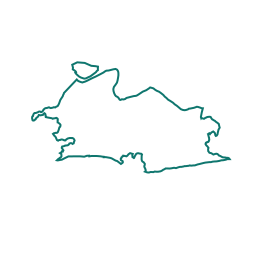 outline of Manfalut, Asyut, Egypt, rotated 325°
{"feature_id": "37247803B38708414170128", "entity_name": "Manfalut", "entity_type": "district", "adm_level": 2, "iso_a3": "EGY", "parent_name": "Egypt", "parent_adm1": "Asyut", "projection": "albers", "projection_center": [30.935, 27.303], "detail": "fine", "context": "isolated", "style": "outline", "palette": "teal", "viewbox_px": 256, "rotation_deg": 325, "n_neighbors": 0, "source": "geoboundaries", "source_scale": "gbopen_adm2", "svg_char_len": 5802}
<svg xmlns="http://www.w3.org/2000/svg" viewBox="0 0 256 256"><g transform="rotate(325 128 128)"><path d="M51.3,113.7L51.9,114.3L53.8,115.1L55.6,116.0L57.9,116.3L59.9,116.6L62.9,117.1L64.3,118.1L66.7,119.7L72.6,123.8L75.7,126.4L78.4,127.2L80.3,128.4L80.0,129.0L81.7,129.8L83.1,130.7L85.9,132.7L87.3,133.8L89.3,135.5L90.7,136.9L91.5,137.5L91.8,137.8L91.5,138.1L93.2,139.2L96.3,142.3L97.2,143.5L99.1,147.5L100.2,148.9L101.6,153.4L103.5,153.4L104.1,152.9L104.3,152.9L104.6,152.0L103.8,150.3L104.1,149.5L104.6,148.9L105.2,148.9L105.8,148.3L106.0,148.3L106.9,148.3L107.4,148.0L108.0,148.3L108.3,148.0L108.6,148.3L110.5,150.3L111.7,150.3L113.3,149.8L115.3,149.8L117.0,152.0L116.4,152.3L115.6,153.2L115.3,154.0L115.0,154.3L115.6,156.0L115.9,156.0L116.4,155.7L117.3,154.9L117.8,154.9L119.5,154.0L120.9,154.0L121.5,154.3L122.0,154.6L123.2,156.0L124.0,156.6L124.3,157.7L124.0,158.0L123.2,158.6L122.9,159.1L121.2,161.4L120.6,162.8L120.6,163.7L120.9,164.5L121.2,165.1L121.2,167.1L120.1,168.2L119.5,168.5L119.2,169.1L118.9,169.9L118.9,170.8L118.7,171.3L118.7,171.6L118.4,172.2L118.4,172.5L118.1,172.8L118.1,173.0L117.5,173.6L117.0,173.6L118.2,175.3L119.6,176.5L121.3,177.0L123.5,178.7L124.9,179.0L126.3,180.2L127.4,181.0L129.7,182.1L131.1,182.4L132.8,182.4L134.5,182.7L135.6,182.7L137.3,183.9L138.7,185.0L140.4,185.9L142.9,187.0L144.3,188.4L146.5,189.0L148.2,189.6L149.3,190.4L151.3,191.3L152.7,191.8L153.5,192.4L155.2,193.3L156.1,193.8L157.2,194.1L158.0,195.0L160.0,196.1L161.4,197.0L164.2,197.8L165.6,198.4L169.3,199.8L170.1,200.1L171.5,200.7L175.2,202.7L176.3,203.5L178.0,204.1L179.6,205.0L181.3,206.1L183.6,207.2L186.1,208.1L187.5,209.0L190.0,210.1L191.4,210.4L193.4,211.8L193.4,211.0L192.8,209.8L191.7,209.0L191.4,208.7L190.9,208.1L189.2,206.7L188.6,206.1L187.5,203.8L186.7,202.7L186.7,202.1L186.4,200.7L185.8,199.9L184.7,199.3L182.7,198.7L181.9,196.7L181.6,196.2L180.5,195.0L180.5,192.8L180.8,192.5L181.1,191.9L181.6,191.1L182.5,190.5L182.5,188.5L182.2,187.4L182.2,186.5L182.3,185.6L182.5,185.4L182.8,185.4L183.3,184.8L183.6,184.8L184.2,184.8L184.4,185.1L185.3,185.1L185.6,185.4L186.1,185.4L186.7,185.1L187.2,184.6L187.8,184.3L188.1,183.7L188.9,182.3L188.9,182.0L189.2,181.2L189.5,180.6L189.5,180.3L190.1,179.2L190.1,178.9L190.6,178.9L191.5,178.9L191.5,179.5L191.7,180.0L192.3,179.7L193.4,179.7L194.0,179.5L195.1,179.7L195.7,179.7L195.7,180.0L196.2,180.9L196.2,182.3L195.4,184.0L195.4,184.9L196.2,185.1L196.8,184.9L197.6,184.6L199.0,183.2L200.4,182.0L201.3,181.2L202.7,180.6L203.3,180.3L203.8,178.9L204.1,178.1L204.4,177.5L204.4,177.2L204.7,176.6L204.1,174.7L203.8,174.1L203.4,172.7L203.3,172.0L202.6,170.7L202.3,169.8L202.0,169.4L201.9,169.0L201.9,167.5L202.0,166.3L201.4,165.7L201.0,165.4L199.5,164.6L199.1,164.4L198.2,164.4L197.2,164.0L196.7,164.1L196.3,164.1L196.0,164.1L195.7,164.1L195.3,163.8L194.9,163.3L193.9,161.9L193.6,162.0L194.0,160.8L197.3,157.6L200.6,154.8L199.7,154.1L198.8,152.7L197.5,151.0L196.6,150.1L195.0,149.7L193.4,149.2L190.0,147.7L188.9,147.1L187.7,147.1L185.8,146.5L184.6,145.9L183.3,144.7L182.1,142.9L181.3,139.8L180.8,137.9L179.8,135.3L179.4,133.2L178.2,130.2L177.1,127.8L176.7,125.4L176.1,123.4L175.9,121.2L175.1,118.5L174.3,116.2L172.8,113.8L172.0,111.8L171.6,110.2L170.6,108.9L169.4,107.5L167.9,107.6L164.6,107.5L161.0,106.7L156.4,106.6L154.2,106.5L152.9,106.2L151.1,105.2L148.0,104.0L145.3,103.0L144.0,102.5L142.3,102.6L140.8,102.1L139.9,101.3L139.1,100.8L138.1,100.8L137.5,100.2L137.4,99.7L137.5,98.1L137.3,96.7L136.4,95.0L136.3,93.6L136.6,91.7L137.3,89.5L138.3,87.7L140.0,86.3L142.7,85.4L145.0,84.5L146.9,82.9L148.9,80.9L150.4,79.3L151.7,77.4L152.4,75.9L152.5,74.0L151.7,72.5L149.6,71.5L145.1,69.8L143.1,68.6L141.3,68.4L139.9,68.5L135.9,68.0L130.8,67.3L127.6,66.7L121.5,65.8L119.5,65.4L116.7,64.5L115.5,63.0L114.2,61.0L113.8,59.2L113.8,58.9L95.6,62.6L94.8,63.3L93.9,63.7L92.7,64.6L89.9,65.7L88.5,66.3L87.7,66.9L85.4,68.5L84.3,69.1L82.9,69.7L81.5,69.4L80.1,69.4L79.3,68.5L78.1,68.2L76.2,67.4L75.9,67.1L75.1,65.7L73.1,65.1L72.0,64.5L71.1,64.3L69.2,64.5L68.6,65.1L68.3,65.1L66.4,65.4L65.8,65.1L65.5,64.2L64.9,63.7L64.1,63.4L63.3,63.4L61.0,62.8L60.2,62.2L59.1,62.2L58.2,62.8L57.6,63.1L57.1,63.7L56.2,63.7L55.4,64.5L54.8,65.4L54.6,66.2L54.3,66.7L54.3,67.1L55.1,67.9L57.4,67.9L57.9,67.3L58.8,67.3L59.6,67.1L60.7,67.1L61.9,66.5L62.4,66.2L63.8,67.6L64.1,67.6L64.7,67.9L65.2,68.2L66.1,68.5L66.9,67.9L68.0,67.9L68.3,68.8L68.3,69.1L68.0,69.9L67.7,70.2L67.5,71.3L67.2,71.3L66.9,71.9L68.5,73.6L71.1,76.2L71.7,77.3L72.2,77.3L73.9,78.2L75.0,78.5L75.3,79.0L75.3,79.3L75.6,79.6L75.6,80.4L75.3,80.7L75.0,81.3L74.5,81.6L74.2,82.1L73.6,83.0L73.9,83.3L73.9,83.6L74.5,85.5L74.5,86.7L73.9,87.5L73.1,88.1L72.2,88.1L70.5,89.5L69.7,90.1L68.0,91.2L66.9,91.2L66.3,90.6L65.5,90.3L65.1,90.2L64.4,89.8L63.2,89.8L63.2,92.0L63.5,93.2L63.5,94.3L63.2,95.5L62.9,97.2L63.5,98.3L64.6,98.3L65.5,98.9L66.0,98.9L67.2,99.4L68.0,100.3L68.3,100.9L68.8,101.4L68.8,101.7L69.7,102.3L70.5,102.0L70.8,102.0L71.4,102.0L72.5,102.0L73.3,102.3L74.2,102.6L75.0,103.1L75.9,103.7L76.1,104.0L76.7,104.3L77.3,105.4L77.3,106.8L77.0,107.7L75.9,108.3L74.7,109.4L74.2,109.3L73.4,109.2L73.2,108.4L73.1,108.2L72.5,107.6L71.9,107.4L71.1,107.1L70.5,107.4L70.0,107.6L68.7,107.6L67.6,107.0L66.4,106.3L66.1,106.4L65.5,106.2L64.7,106.0L64.5,105.9L63.7,105.5L63.5,105.4L63.3,105.5L62.8,105.8L62.3,106.3L62.3,108.8L62.3,109.2L62.1,109.3L61.1,109.9L60.5,109.2L59.6,109.7L57.9,109.6L58.5,111.1L58.2,111.5L57.3,113.0L57.1,113.1L56.5,113.4L55.7,113.5L55.1,113.3L54.6,113.5L53.6,113.4L52.9,113.4L51.3,113.7ZM136.5,63.4L137.2,62.3L138.6,60.5L136.8,58.7L133.6,56.0L129.9,49.9L124.1,45.1L118.6,44.2L117.6,46.9L116.4,48.3L117.2,50.2L117.6,51.7L117.5,52.6L117.2,52.7L116.6,52.5L116.5,53.2L116.7,54.6L117.4,57.7L118.4,59.7L120.4,62.4L121.9,63.2L125.0,63.7L126.8,64.1L133.7,63.9L135.1,63.4L136.5,63.4Z" fill="none" stroke="#0f766e" stroke-width="2"/></g></svg>